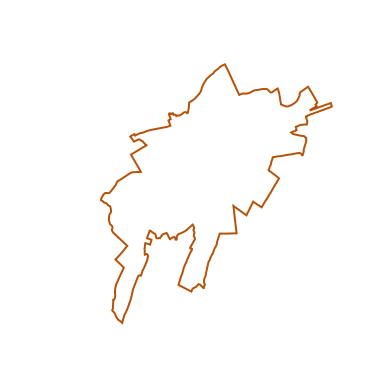 Barlad, Vaslui, Romania, rotated 209°
{"feature_id": "2599482B4084623098698", "entity_name": "Barlad", "entity_type": "district", "adm_level": 2, "iso_a3": "ROU", "parent_name": "Romania", "parent_adm1": "Vaslui", "projection": "albers", "projection_center": [27.671, 46.233], "detail": "fine", "context": "isolated", "style": "outline", "palette": "amber", "viewbox_px": 384, "rotation_deg": 209, "n_neighbors": 0, "source": "geoboundaries", "source_scale": "gbopen_adm2", "svg_char_len": 6044}
<svg xmlns="http://www.w3.org/2000/svg" viewBox="0 0 384 384"><g transform="rotate(209 192 192)"><path d="M237.9,268.8L237.1,267.3L235.8,264.5L235.3,263.2L234.7,261.2L234.3,260.3L234.0,259.6L234.6,258.5L235.8,258.9L236.4,258.8L237.7,257.6L238.8,254.7L239.4,253.7L240.9,252.2L242.4,251.5L242.6,250.9L243.3,251.5L245.0,251.2L245.5,250.5L246.9,251.6L248.1,250.5L248.0,250.1L249.0,249.4L249.7,250.0L250.0,249.7L249.8,248.9L249.0,248.0L245.9,245.2L246.4,244.7L247.3,243.2L243.0,239.5L245.6,236.7L251.3,232.0L257.2,227.0L258.9,225.5L261.2,223.3L263.2,220.7L265.5,218.6L266.0,218.1L268.0,215.5L269.0,213.8L270.0,214.3L270.4,214.7L272.3,211.7L272.9,210.6L267.2,207.9L264.1,212.1L263.5,212.5L263.1,212.6L262.4,212.5L261.0,212.2L259.9,212.4L259.5,212.3L258.4,211.9L255.9,211.0L255.5,211.0L254.9,211.1L254.4,210.8L257.9,204.9L260.1,201.0L263.5,195.2L262.9,194.7L249.1,186.5L246.5,184.8L253.0,180.8L254.7,179.3L256.0,177.0L260.7,167.9L261.8,166.2L262.5,164.8L262.1,160.9L262.4,159.5L262.8,156.3L263.7,151.4L264.4,150.5L266.1,149.8L267.3,149.1L268.0,147.6L268.2,145.8L268.3,143.2L268.0,141.6L267.6,140.6L266.2,140.8L264.0,140.2L261.5,140.6L260.7,140.5L260.0,140.0L258.8,139.7L258.1,139.6L256.9,139.9L256.4,139.5L255.4,138.6L254.7,137.7L253.9,136.6L253.2,135.3L253.0,134.5L253.3,132.9L253.2,132.1L252.7,130.9L252.4,129.7L252.0,129.0L251.7,128.3L251.3,127.5L250.6,126.6L248.9,125.0L248.2,124.2L246.8,123.8L245.5,123.6L245.3,123.4L244.9,123.1L244.4,122.5L244.1,121.9L244.0,121.3L244.0,120.6L243.9,120.2L243.7,119.9L243.3,119.6L242.7,119.2L242.3,118.8L241.0,118.2L238.1,117.4L229.3,115.3L222.5,113.5L224.1,104.4L226.2,95.8L221.5,94.6L218.9,93.9L216.4,93.2L215.2,92.9L214.9,92.5L214.4,85.1L213.7,76.6L213.5,73.9L213.2,73.8L212.9,72.0L212.7,71.3L211.6,68.5L210.9,67.2L210.3,66.2L209.7,65.4L209.0,64.3L208.7,63.7L208.2,62.3L208.0,61.1L207.9,60.3L208.1,60.1L208.7,59.3L207.9,58.6L207.4,57.2L204.7,51.8L204.5,50.0L203.9,49.5L203.3,49.3L201.9,49.0L201.0,48.6L199.2,47.2L197.5,45.8L195.7,45.0L194.1,44.4L191.4,44.2L189.6,43.7L191.5,51.5L191.6,56.0L192.0,59.5L193.5,68.4L196.4,78.3L198.1,91.1L198.2,92.6L197.4,93.8L196.7,94.1L196.2,94.0L196.3,94.6L196.2,95.3L197.1,99.0L197.1,100.9L197.5,105.9L198.3,111.6L198.3,112.0L199.0,112.8L199.3,114.7L201.0,115.9L201.7,115.7L202.7,114.3L203.0,114.5L203.9,115.9L204.5,117.1L206.1,119.5L206.5,120.9L207.5,123.1L208.0,124.7L203.2,125.7L204.1,130.4L204.3,130.6L209.0,129.7L210.0,136.4L210.2,137.2L210.2,137.8L209.9,138.0L206.0,137.4L205.4,137.3L204.8,137.5L204.2,137.6L203.7,137.4L203.2,137.0L201.7,135.2L200.7,134.4L199.4,134.9L198.3,135.9L197.6,136.1L197.3,140.4L194.4,143.8L192.7,142.9L188.5,140.0L188.3,140.0L188.0,140.9L186.3,143.8L186.0,144.0L185.4,144.0L184.7,143.7L184.1,143.1L183.4,142.5L182.9,142.4L182.6,142.6L182.4,142.9L182.5,143.4L182.9,144.2L183.7,145.6L183.8,146.2L183.8,147.0L183.7,147.7L183.3,148.7L182.7,149.5L181.8,150.5L180.1,152.8L179.1,154.5L178.5,155.7L176.7,160.6L175.6,163.8L175.1,163.5L174.0,162.8L173.2,162.1L172.5,161.3L172.4,160.9L172.4,159.7L172.3,159.4L171.9,159.0L170.3,158.0L170.1,157.7L170.0,156.9L169.3,154.7L169.1,154.3L168.3,153.8L167.2,153.2L166.6,152.2L166.5,151.5L166.6,149.7L166.6,147.7L166.6,146.1L166.6,145.2L166.6,142.4L166.5,142.1L166.2,141.9L164.5,142.3L164.3,142.2L164.1,141.8L164.0,140.0L164.1,139.1L164.0,137.1L163.5,132.0L163.4,130.5L162.9,126.9L162.9,126.0L162.7,123.4L162.2,120.6L161.5,118.2L160.8,114.7L160.6,112.3L160.0,110.0L158.8,104.2L144.2,104.6L144.2,104.9L144.6,105.7L144.5,107.9L142.4,111.2L141.6,114.6L140.0,114.9L139.1,114.6L136.5,113.9L135.4,113.5L135.1,113.8L135.8,115.1L135.9,115.5L135.6,116.5L135.7,117.0L136.0,117.5L137.0,118.2L137.5,118.6L138.5,120.2L138.7,120.8L139.1,122.0L139.6,125.6L140.1,127.1L140.5,128.3L141.0,129.7L141.4,131.3L142.3,134.1L143.1,137.0L143.5,138.2L143.7,139.0L143.6,140.1L143.6,141.0L143.8,142.4L144.0,143.6L144.2,146.6L144.0,147.5L144.0,148.1L144.8,153.1L144.9,154.0L144.7,155.1L145.0,158.4L145.7,160.0L146.2,162.0L147.5,169.1L139.3,173.7L133.0,177.5L145.2,194.5L149.0,199.9L133.1,198.0L133.8,213.2L123.7,212.3L123.4,221.0L123.2,221.2L123.1,227.3L122.9,229.4L122.9,232.4L122.8,236.5L122.8,238.4L122.6,240.7L122.6,243.1L122.5,246.1L125.7,246.8L132.8,247.8L134.6,247.9L135.2,248.1L135.7,248.4L135.8,248.7L135.7,249.6L136.2,251.3L136.3,252.4L136.3,253.7L136.5,254.7L136.8,255.7L137.4,257.2L137.4,258.2L137.7,260.1L138.2,261.1L138.1,261.7L134.0,264.9L131.1,266.9L128.6,269.1L122.9,273.5L118.6,277.1L117.4,277.8L117.0,278.3L115.8,278.3L115.2,278.4L114.8,278.3L114.0,277.7L113.6,277.5L113.1,277.7L113.5,279.9L114.2,282.4L114.8,283.0L115.7,287.0L116.6,291.7L117.7,293.2L117.7,293.6L118.3,294.6L118.7,294.8L119.0,294.6L119.4,294.6L120.7,295.2L121.4,295.1L123.4,294.2L124.5,293.9L124.9,293.7L128.2,292.7L131.3,291.8L132.3,291.8L134.1,292.2L130.5,296.6L132.8,299.3L131.4,300.9L129.9,303.0L128.2,304.3L125.1,306.3L124.4,306.5L124.5,307.3L125.1,309.0L125.6,310.0L128.6,312.6L128.8,313.0L128.2,313.6L128.6,313.9L125.9,317.3L116.4,328.2L111.2,334.3L111.1,334.5L113.7,337.1L127.9,321.0L128.3,321.4L127.7,322.3L126.3,324.6L124.7,327.6L126.3,328.3L125.8,331.0L134.0,336.0L139.0,338.9L140.6,339.7L141.5,340.3L145.9,331.3L145.3,330.1L144.8,328.6L144.6,327.9L144.5,326.6L144.3,324.9L144.3,323.5L144.6,321.7L145.9,318.5L146.4,317.6L147.3,316.2L147.9,315.4L149.4,313.7L151.1,312.4L156.5,311.7L156.8,312.1L159.1,314.8L160.8,317.1L163.7,320.7L165.0,322.0L167.3,324.0L167.8,323.2L168.8,321.2L170.2,318.3L170.8,317.5L171.5,317.3L171.9,317.2L172.7,317.3L173.3,317.7L175.0,318.2L176.2,318.3L177.3,318.0L178.8,317.2L180.9,315.7L184.6,312.7L185.6,312.0L187.2,310.6L189.0,307.6L189.7,306.7L191.1,305.3L192.2,304.3L194.2,303.4L195.4,302.7L196.9,301.0L197.8,299.8L219.4,315.7L225.1,319.6L226.9,317.2L228.0,315.1L228.6,313.5L229.0,312.2L229.9,310.1L230.8,308.2L230.7,307.2L231.0,306.0L231.8,304.2L232.8,301.7L234.0,297.9L234.3,293.8L234.3,292.6L234.2,291.4L234.1,289.4L233.6,286.6L233.0,284.6L233.3,281.2L233.6,280.3L233.9,279.1L233.9,278.3L234.5,276.7L234.4,276.1L234.7,275.3L235.1,274.3L236.2,271.9L237.9,268.8Z" fill="none" stroke="#b45309" stroke-width="2"/></g></svg>